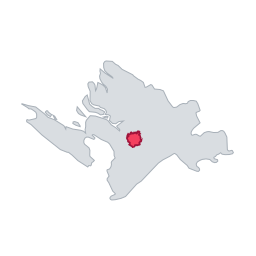 location of Gazipur, Dhaka, Bangladesh, rotated 135°
{"feature_id": "16705992B50862305652789", "entity_name": "Gazipur", "entity_type": "district", "adm_level": 2, "iso_a3": "BGD", "parent_name": "Bangladesh", "parent_adm1": "Dhaka", "projection": "mercator", "projection_center": [90.414, 24.092], "detail": "fine", "context": "in_parent", "style": "filled", "palette": "rose", "viewbox_px": 256, "rotation_deg": 135, "n_neighbors": 0, "source": "geoboundaries", "source_scale": "gbopen_adm2", "svg_char_len": 7067}
<svg xmlns="http://www.w3.org/2000/svg" viewBox="0 0 256 256"><g transform="rotate(135 128 128)"><path d="M90.8,179.3L90.7,173.6L87.0,162.3L87.2,161.1L86.4,155.6L85.4,152.6L84.9,149.4L87.2,144.7L86.3,144.0L81.2,142.6L80.7,141.4L81.7,136.8L78.1,132.5L76.7,129.2L80.5,118.8L81.5,111.5L81.2,110.1L78.9,108.4L74.7,107.8L71.7,106.4L70.0,104.3L68.5,103.5L66.7,104.1L64.4,103.3L62.4,101.3L60.8,98.8L61.4,96.0L64.5,89.5L65.6,89.4L68.3,90.6L69.3,90.6L71.0,88.0L73.4,80.7L81.9,81.4L84.0,81.1L86.1,80.5L87.2,79.6L87.9,78.4L87.7,77.4L85.0,76.1L84.0,75.0L83.3,72.1L82.6,71.0L77.4,70.8L74.8,69.5L73.3,68.3L70.7,64.3L67.5,61.3L64.4,60.6L63.2,59.6L62.6,58.1L63.0,55.9L64.5,51.7L73.0,42.5L73.2,41.5L72.9,40.3L70.4,38.8L70.2,38.1L70.9,36.1L72.3,35.9L75.2,37.7L78.2,40.5L80.0,43.0L80.0,45.0L82.3,45.4L84.3,46.3L86.3,46.0L87.6,46.5L88.4,46.3L88.7,45.2L87.1,42.3L87.9,41.1L89.8,41.2L91.2,42.2L92.3,44.5L92.4,47.9L94.7,51.0L97.7,53.3L100.1,54.3L102.9,55.0L105.3,54.3L106.5,52.1L106.0,50.2L106.4,48.4L107.3,47.5L108.9,47.5L110.0,48.9L113.3,56.4L112.6,59.7L113.3,68.7L112.5,74.7L113.0,77.0L113.6,77.4L118.6,78.5L125.8,80.8L131.3,81.7L156.2,81.1L161.6,82.2L178.2,81.3L182.7,83.2L187.7,86.3L190.4,88.6L190.9,89.9L190.6,91.0L189.7,91.6L188.0,91.7L184.1,90.2L183.4,90.6L183.4,94.2L180.2,103.0L179.7,105.8L178.6,106.9L175.4,107.4L173.2,112.6L172.3,113.2L170.1,112.1L168.8,112.3L167.1,112.8L165.4,114.0L164.3,115.4L163.0,115.9L158.3,115.9L157.4,118.2L154.4,121.4L152.3,129.7L152.4,132.2L155.0,138.8L156.8,147.3L157.5,148.2L158.4,148.3L158.4,144.4L159.3,143.9L160.3,144.3L162.5,149.6L163.8,150.9L165.7,151.3L167.9,150.5L169.5,149.0L170.2,147.3L169.6,141.5L170.7,139.2L174.4,135.7L175.0,134.6L174.7,128.9L176.1,128.7L178.1,129.1L180.5,127.7L181.2,127.7L182.2,129.2L184.0,128.9L186.5,140.4L186.7,148.4L187.3,152.9L188.2,153.9L191.1,160.6L193.8,184.1L194.1,198.9L195.2,204.0L194.3,205.1L193.4,205.3L192.5,203.6L186.4,199.8L184.9,200.2L182.8,202.4L182.0,204.4L182.4,207.2L183.0,210.0L184.5,211.6L184.6,213.4L186.2,220.1L185.8,220.1L182.5,214.1L178.4,208.1L177.1,197.4L177.0,192.1L174.2,185.9L171.7,175.0L172.8,171.2L170.9,172.8L167.8,166.3L163.1,159.9L161.7,157.1L161.6,154.3L159.6,157.1L156.8,159.0L153.9,162.0L152.0,162.9L146.0,163.4L142.6,159.5L137.6,149.8L136.9,147.7L137.6,142.0L136.4,136.6L136.1,131.9L135.2,132.3L134.8,133.6L135.0,135.6L134.7,137.3L126.3,136.2L129.9,139.0L133.7,139.7L135.7,142.2L135.8,146.4L132.0,148.9L132.4,151.1L134.6,153.7L131.9,154.4L131.2,156.1L131.1,158.5L133.0,162.2L132.7,163.7L135.8,168.5L136.4,170.8L135.6,174.1L128.8,180.7L126.9,185.4L125.2,187.6L123.1,188.0L120.5,185.8L120.5,183.5L121.0,181.7L124.6,177.3L122.6,177.9L117.1,181.5L116.1,178.6L115.4,175.8L115.4,172.5L118.0,167.5L115.0,170.0L114.2,173.1L114.5,176.8L114.1,179.4L113.0,182.7L111.4,184.8L108.8,186.1L107.6,188.1L105.9,189.5L105.3,182.7L103.4,173.5L103.0,175.5L103.9,181.2L103.9,184.9L102.5,187.8L99.6,191.0L97.4,191.4L96.1,190.9L92.0,186.2L91.7,181.7L90.8,179.3ZM141.1,179.4L136.1,180.5L133.5,180.2L138.3,171.9L138.1,168.2L137.4,165.2L134.9,162.7L134.8,161.0L133.7,158.6L133.1,155.9L135.8,155.0L138.1,156.6L138.8,159.7L139.9,162.1L143.8,166.9L143.7,169.9L142.6,177.2L141.1,179.4ZM152.0,176.7L148.9,178.9L149.9,165.8L152.2,170.7L152.8,173.3L152.0,176.7ZM163.8,170.2L162.5,171.1L161.2,170.3L159.6,167.2L160.4,163.3L160.9,162.8L162.9,166.8L163.8,170.2ZM175.3,197.7L173.5,197.8L172.7,196.9L173.1,195.6L172.6,191.4L174.8,190.9L175.7,194.5L175.3,197.7ZM173.3,185.9L172.0,190.1L171.5,188.2L172.4,184.5L173.3,185.9ZM137.2,151.8L137.7,153.2L134.8,151.4L134.1,150.2L135.4,149.5L137.2,151.8Z" fill="#d9dde1" stroke="#a8b0b8" stroke-width="1"/><path d="M132.0,123.8L132.3,123.7L132.5,123.7L132.8,123.6L133.1,123.4L133.1,123.2L133.2,122.8L133.3,122.8L133.5,122.8L133.7,122.7L133.5,122.4L133.8,122.3L133.8,122.2L133.9,122.3L134.0,122.3L134.0,122.5L134.1,122.4L134.3,122.5L134.3,122.4L134.3,122.5L134.5,122.4L134.5,122.5L134.6,122.4L134.8,122.3L134.9,122.2L135.0,122.2L134.9,122.0L134.8,121.7L135.1,121.6L135.5,121.5L135.8,121.6L136.2,121.4L136.2,121.2L136.4,121.1L136.4,120.8L136.5,119.9L136.8,119.5L137.0,119.1L137.1,118.7L137.6,118.5L137.6,118.4L137.6,118.2L137.6,117.9L137.4,117.7L137.5,117.6L137.4,117.5L137.3,117.2L137.0,116.8L137.0,116.6L137.1,116.4L137.1,116.0L137.1,115.7L137.2,115.4L137.2,115.6L137.4,115.8L137.5,115.9L137.9,115.7L138.0,115.7L138.3,115.6L138.6,115.6L138.9,115.6L139.0,115.4L138.9,115.2L138.7,115.1L138.4,115.2L138.2,115.2L138.3,115.0L138.4,114.8L138.5,114.6L138.7,114.4L138.5,114.2L138.4,114.1L138.5,113.8L138.4,113.7L138.5,113.4L138.5,113.2L138.5,112.8L138.4,112.7L138.2,112.6L138.0,112.3L138.1,111.7L138.3,111.5L138.4,111.3L138.4,111.2L138.1,111.0L137.6,110.8L137.3,110.6L137.1,110.5L136.8,110.3L136.6,110.3L136.4,110.3L136.0,110.4L135.9,110.6L135.6,110.7L135.5,110.9L135.4,111.0L135.2,111.0L134.9,110.7L134.6,110.6L134.3,110.3L134.4,110.1L134.2,110.0L134.0,109.8L133.7,109.7L133.8,109.4L133.9,109.2L133.7,109.1L133.4,108.9L133.0,108.8L132.9,108.8L132.7,108.8L132.6,108.6L132.4,108.6L132.3,108.4L132.2,108.3L132.0,108.2L131.8,108.0L131.7,108.0L131.4,107.9L131.2,108.0L131.0,108.3L130.9,108.3L130.9,108.5L130.9,108.9L130.9,109.0L130.7,109.0L130.5,109.3L130.4,109.4L130.3,109.6L130.2,109.7L130.2,109.8L129.9,109.8L129.8,109.7L129.7,109.6L129.4,109.7L129.3,109.8L129.0,109.9L129.0,109.7L128.9,109.7L128.9,109.4L128.7,109.3L128.6,109.5L128.3,109.4L128.1,109.3L127.9,109.3L127.7,109.5L127.4,109.6L127.2,109.8L126.9,110.0L127.0,110.0L127.2,110.3L127.1,110.5L127.1,110.8L126.9,111.0L126.9,111.3L126.9,111.6L126.7,111.8L126.4,111.9L126.2,112.0L126.0,112.4L125.9,112.4L125.8,112.5L125.7,112.5L125.7,112.9L125.5,113.0L125.3,113.3L125.0,113.7L125.0,114.0L124.9,114.3L124.8,114.6L124.8,114.9L125.0,115.0L125.2,115.3L125.2,115.5L124.9,115.6L124.7,115.6L124.6,115.8L124.3,115.9L124.2,115.7L123.9,115.7L123.7,115.5L123.5,115.4L123.5,115.5L123.5,115.8L123.7,116.1L123.6,116.4L123.6,116.5L123.4,116.5L123.0,116.8L123.1,117.0L122.8,117.2L122.8,117.3L122.8,117.5L122.7,117.5L122.8,117.7L122.7,118.0L122.8,118.0L123.0,118.1L123.2,118.4L123.3,118.5L123.4,118.8L123.6,118.8L123.8,118.8L123.7,118.7L123.8,118.6L124.0,118.4L124.1,118.6L124.4,118.5L124.5,118.6L124.9,118.5L125.0,118.6L125.4,118.6L125.5,118.5L125.4,118.1L125.5,118.1L125.5,117.9L125.4,117.9L125.5,117.8L125.8,118.0L125.8,118.3L126.0,118.3L126.0,118.5L125.9,118.6L125.8,118.8L125.9,119.0L125.7,119.1L125.8,119.4L125.9,119.5L126.0,119.5L126.0,119.8L126.3,119.8L126.3,120.0L126.5,120.0L126.7,119.9L126.7,120.0L127.1,120.1L127.2,120.3L127.2,120.5L127.4,120.4L127.6,120.4L127.8,120.4L127.7,120.2L128.1,120.3L128.2,120.5L128.3,120.5L128.4,120.4L128.2,120.3L128.3,120.3L128.5,120.5L128.5,120.9L128.6,121.1L128.6,121.7L128.5,121.8L128.5,122.0L128.7,122.4L128.7,122.6L128.8,122.6L129.0,122.3L129.0,122.2L129.1,122.3L129.3,122.2L129.7,122.1L129.7,122.3L129.8,122.2L129.8,122.3L129.9,122.6L130.0,122.7L130.4,122.6L130.6,122.5L130.8,122.4L131.0,122.2L131.4,122.1L131.5,122.1L131.8,122.2L131.9,122.3L131.9,122.5L131.9,122.8L132.0,122.8L132.2,123.1L132.2,123.4L132.0,123.5L132.0,123.8L132.0,123.8Z" fill="#f43f5e" stroke="#9f1239" stroke-width="1.5"/></g></svg>